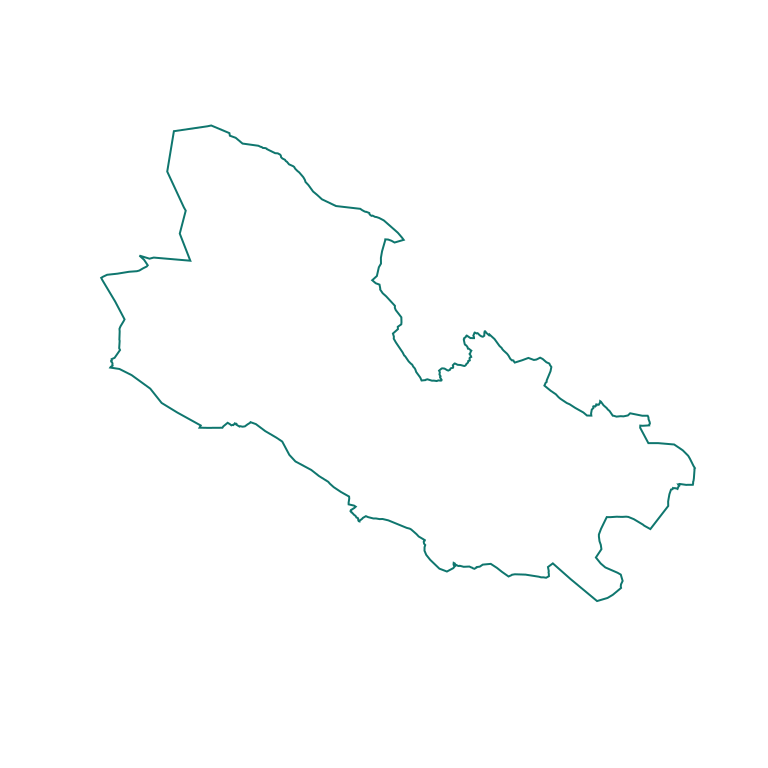 Tokke nor, Telemark, Norway, rotated 33°
{"feature_id": "86288312B10810953516710", "entity_name": "Tokke nor", "entity_type": "district", "adm_level": 2, "iso_a3": "NOR", "parent_name": "Norway", "parent_adm1": "Telemark", "projection": "robinson", "projection_center": [7.933, 59.464], "detail": "fine", "context": "isolated", "style": "outline", "palette": "teal", "viewbox_px": 768, "rotation_deg": 33, "n_neighbors": 0, "source": "geoboundaries", "source_scale": "gbopen_adm2", "svg_char_len": 6133}
<svg xmlns="http://www.w3.org/2000/svg" viewBox="0 0 768 768"><g transform="rotate(33 384 384)"><path d="M546.5,495.2L550.4,493.9L555.0,490.6L557.2,490.3L557.7,490.1L559.1,490.1L560.5,489.7L561.6,487.5L561.4,487.1L563.8,485.0L565.2,481.7L571.5,476.7L578.9,476.7L585.1,477.3L593.3,477.6L595.1,474.8L595.2,474.3L597.4,472.3L600.2,470.6L606.5,466.8L618.8,461.3L621.0,460.6L623.0,459.3L625.5,458.2L627.0,455.4L625.6,453.4L624.6,452.4L624.1,451.2L621.2,448.2L623.3,442.5L646.8,446.0L680.9,450.0L688.0,441.7L690.7,436.2L693.9,425.9L692.8,424.8L691.9,423.0L691.4,419.2L686.4,414.9L682.7,415.1L669.5,417.3L663.5,416.5L656.2,414.1L656.3,404.1L653.4,400.8L650.4,398.5L647.4,395.0L646.2,393.2L644.9,387.3L643.3,374.3L646.2,372.5L651.4,368.6L656.2,365.7L659.3,363.4L661.3,362.4L667.1,361.3L677.8,360.9L679.4,361.1L686.4,360.6L688.8,331.5L686.3,327.8L685.2,325.3L683.4,321.0L682.2,316.2L683.2,315.2L683.0,313.8L683.9,313.6L684.6,312.9L686.2,312.4L686.4,312.1L687.3,312.1L686.8,309.5L687.0,308.8L685.6,308.1L686.5,307.7L686.0,307.2L686.2,306.9L692.2,304.1L697.9,300.3L697.2,298.6L696.6,297.9L696.3,296.6L695.3,294.4L690.9,286.4L690.6,286.3L690.4,285.5L690.5,285.2L688.3,284.2L681.2,280.0L678.2,278.5L670.7,276.9L660.3,276.7L645.9,284.4L637.9,289.6L622.7,281.2L621.6,279.3L623.8,278.1L628.9,274.3L628.5,273.9L628.6,272.5L627.6,271.3L625.1,269.5L623.9,267.9L622.4,267.0L618.0,269.9L606.4,274.5L605.7,277.5L602.5,280.7L600.0,282.1L596.8,284.7L593.8,285.6L593.1,286.0L587.9,283.8L585.6,283.5L583.9,282.9L579.7,282.3L575.6,280.7L574.7,280.7L575.5,282.1L575.3,282.4L575.3,283.2L575.5,284.2L575.1,284.7L573.4,285.3L573.1,285.6L573.8,286.5L573.2,287.3L573.3,287.9L571.9,288.5L571.7,288.9L572.7,290.1L572.2,292.3L573.7,295.9L575.1,297.6L571.4,299.9L566.7,299.3L557.3,299.9L550.7,299.9L547.7,300.4L540.0,300.3L537.6,300.0L533.7,299.0L527.7,298.9L519.4,298.0L518.9,294.9L519.3,293.7L518.5,292.4L516.7,282.6L515.1,278.6L512.9,277.7L511.5,276.8L508.4,277.3L503.4,276.6L500.6,276.9L498.5,280.5L496.6,282.2L490.9,283.5L486.8,289.0L482.0,294.8L480.2,294.2L479.8,293.8L478.8,294.1L478.4,294.5L476.2,294.1L473.0,292.4L470.8,291.6L465.9,290.8L463.9,290.2L463.1,289.7L460.2,289.2L452.2,286.1L445.4,285.0L445.5,285.9L442.1,285.4L440.2,284.7L439.8,285.0L440.1,286.0L441.8,288.9L441.3,290.3L440.8,290.7L439.5,291.0L437.8,291.0L435.1,290.4L434.6,290.5L434.1,291.2L432.1,291.4L432.0,291.6L432.6,294.8L434.0,295.7L434.5,296.5L431.5,298.4L427.0,298.3L426.8,298.7L427.0,299.8L426.3,301.9L426.7,302.3L426.5,302.8L426.8,303.4L430.0,306.6L431.1,307.0L431.9,306.8L433.8,307.5L435.1,308.6L435.6,308.2L439.1,308.5L439.1,309.7L439.5,311.0L439.4,312.2L441.3,313.0L442.4,313.8L441.6,315.2L442.0,316.3L443.1,317.5L442.9,318.0L442.2,318.7L442.1,319.0L442.5,319.5L442.7,320.1L442.6,321.3L442.2,322.0L442.3,323.8L441.8,324.9L441.5,325.2L437.8,326.4L435.3,327.8L432.6,328.1L432.0,328.4L431.5,330.8L432.8,332.0L433.0,332.8L431.5,334.4L431.4,335.3L431.6,336.1L430.6,337.7L429.6,338.0L426.4,338.1L424.7,338.9L423.9,339.6L422.9,342.8L424.4,343.7L425.4,345.9L426.8,346.4L427.3,346.9L427.1,347.4L427.4,347.9L430.1,349.2L430.2,349.8L429.7,350.3L427.6,351.4L426.6,352.8L424.0,354.0L422.4,355.1L417.9,356.4L416.9,357.4L416.7,358.1L413.6,360.6L410.8,358.8L404.5,356.4L402.3,354.7L401.2,354.1L399.0,353.5L397.1,352.4L395.5,352.3L392.3,351.6L386.6,349.2L385.4,349.1L382.5,347.4L371.4,342.7L367.5,340.7L366.5,338.9L364.0,336.8L365.8,330.4L364.4,328.5L366.0,324.6L365.1,322.8L362.2,318.6L353.6,315.6L351.6,314.2L350.6,312.5L338.1,309.3L333.5,308.6L329.4,306.9L328.8,305.9L326.1,303.1L322.2,304.0L317.6,303.4L319.2,297.3L316.1,288.9L315.9,284.7L312.7,279.9L310.1,273.8L306.8,263.0L306.3,262.0L308.8,260.6L312.3,259.8L315.8,259.6L322.0,252.4L319.3,251.4L313.2,249.6L294.7,246.9L289.5,247.4L286.7,248.1L285.5,248.7L282.7,249.0L282.1,249.7L280.8,249.8L279.3,249.4L278.5,248.6L275.2,249.3L274.6,249.7L273.6,249.9L270.8,250.1L268.7,250.0L246.8,260.9L231.3,262.9L224.8,261.8L219.7,261.2L212.2,258.3L208.1,257.3L206.6,256.0L203.7,254.5L197.6,252.7L195.4,252.5L192.2,251.8L190.5,250.9L189.2,250.8L184.7,251.5L181.6,250.5L180.2,250.5L178.8,249.9L176.0,250.2L174.3,249.9L173.0,248.6L172.0,248.2L169.3,248.4L167.0,249.7L157.8,250.8L157.3,250.5L156.0,250.8L153.8,252.0L152.2,251.9L151.3,252.3L148.9,252.6L134.4,259.4L125.5,258.3L119.5,259.7L117.7,257.8L98.3,261.3L95.6,264.0L70.1,286.4L86.5,323.9L120.0,344.9L123.3,346.6L130.8,369.1L154.4,386.1L122.0,403.4L119.1,406.6L109.0,409.5L115.1,410.5L121.2,413.1L121.0,414.7L119.0,418.1L117.0,422.1L115.3,424.0L109.1,428.7L100.3,436.7L92.3,443.2L89.9,447.1L89.0,449.0L91.3,450.3L113.7,461.3L131.2,471.1L131.4,473.0L131.6,479.2L132.1,481.8L133.7,483.9L137.9,490.9L138.8,491.8L142.4,498.2L144.1,499.3L143.8,508.8L142.0,511.5L142.9,512.5L142.9,512.9L142.6,513.2L143.0,513.8L143.8,513.8L144.7,514.3L145.4,515.0L145.7,515.9L146.4,516.4L145.5,518.5L145.5,519.3L153.9,515.5L167.5,514.0L190.5,515.2L207.8,521.0L226.2,520.5L252.9,518.6L253.1,521.1L260.2,516.7L272.3,508.7L272.3,507.1L274.0,501.7L276.7,501.6L278.5,501.8L279.2,500.9L280.0,500.5L279.9,499.8L280.5,499.1L280.4,498.3L280.8,498.3L281.6,497.8L282.2,497.9L282.4,498.5L286.0,498.4L286.2,497.8L288.7,496.8L290.4,495.3L291.5,492.3L293.0,489.1L292.9,488.7L298.4,487.4L310.2,488.2L322.9,487.6L330.0,487.7L343.2,495.0L351.9,497.2L369.8,495.7L379.7,496.6L390.5,496.4L392.9,497.1L398.0,497.9L407.0,498.0L416.0,497.4L417.2,498.9L419.0,502.9L419.9,504.2L425.1,502.3L427.1,502.3L426.6,504.2L424.9,507.8L425.0,508.3L425.4,508.4L425.4,509.0L426.1,509.1L426.5,509.4L427.3,509.2L428.0,509.6L428.7,509.6L429.9,510.0L431.9,510.1L433.7,511.0L434.8,510.6L435.9,511.2L436.2,511.5L436.3,512.0L437.5,512.8L438.3,512.6L438.0,512.0L439.1,508.9L439.2,507.8L440.8,504.7L443.2,504.3L448.2,502.6L450.6,501.1L453.9,499.7L456.3,498.0L461.9,496.0L481.4,492.3L484.4,491.3L486.0,491.2L493.0,492.2L496.2,493.0L503.3,492.7L503.5,493.2L503.1,494.1L503.3,494.8L504.6,496.1L506.3,496.6L506.9,498.8L508.8,501.8L512.5,504.3L518.5,506.3L531.0,508.7L538.9,507.0L542.4,500.7L542.6,498.6L542.7,498.3L541.5,498.2L540.5,497.3L539.9,496.1L541.2,496.0L541.9,496.5L542.5,496.5L545.2,496.2L546.1,495.8L546.5,495.2Z" fill="none" stroke="#0f766e" stroke-width="2"/></g></svg>